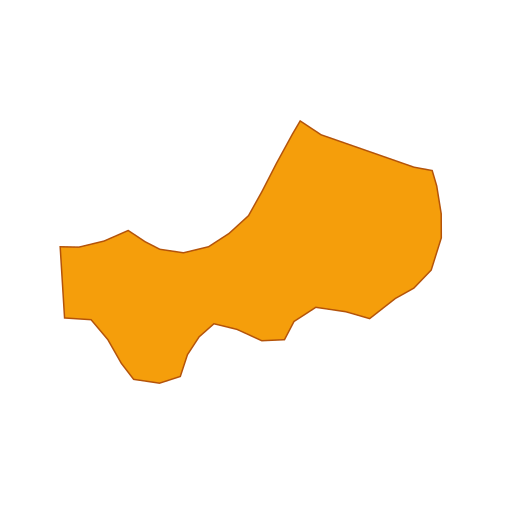 the border of Central Singapore, rotated 237°
{"feature_id": "SGP-4871", "entity_name": "Central Singapore", "entity_type": "state/province", "adm_level": 1, "iso_a3": "SGP", "parent_name": "Singapore", "parent_adm1": "", "projection": "robinson", "projection_center": [103.856, 1.349], "detail": "fine", "context": "isolated", "style": "filled", "palette": "amber", "viewbox_px": 512, "rotation_deg": 237, "n_neighbors": 0, "source": "natural_earth", "source_scale": "10m", "svg_char_len": 657}
<svg xmlns="http://www.w3.org/2000/svg" viewBox="0 0 512 512"><g transform="rotate(237 256 256)"><path d="M345.2,366.6L322.2,376.6L244.5,436.8L231.7,450.3L216.3,445.7L190.5,434.3L170.3,421.3L148.8,395.3L143.1,370.9L144.5,349.8L141.6,317.2L160.3,301.0L180.4,278.2L180.4,252.2L170.3,234.3L181.8,214.7L204.8,200.1L222.1,183.8L219.2,164.3L210.6,144.8L196.2,126.9L201.9,105.8L219.2,86.2L239.3,84.6L266.6,86.2L292.4,83.0L308.3,61.7L370.4,96.8L359.9,112.3L351.3,136.7L347.0,162.7L328.3,170.8L314.0,179.0L298.2,196.9L289.6,221.3L289.6,245.7L293.9,271.7L306.8,296.1L322.6,323.7L338.4,353.0L345.2,366.6Z" fill="#f59e0b" stroke="#b45309" stroke-width="1.5"/></g></svg>